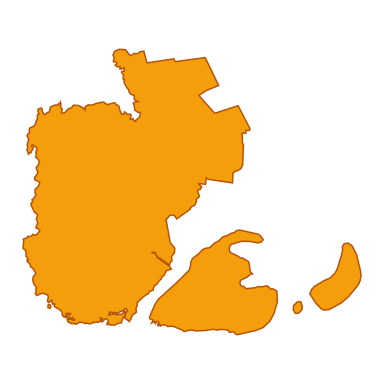 Canal - Fanafo, Sanma, Vanuatu (Albers equal-area conic projection)
{"feature_id": "77236927B64905396997634", "entity_name": "Canal - Fanafo", "entity_type": "district", "adm_level": 2, "iso_a3": "VUT", "parent_name": "Vanuatu", "parent_adm1": "Sanma", "projection": "albers", "projection_center": [167.121, -15.5], "detail": "fine", "context": "isolated", "style": "filled", "palette": "amber", "viewbox_px": 384, "rotation_deg": 0, "n_neighbors": 0, "source": "geoboundaries", "source_scale": "gbopen_adm2", "svg_char_len": 5914}
<svg xmlns="http://www.w3.org/2000/svg" viewBox="0 0 384 384"><path d="M35.3,293.2L36.6,295.5L42.9,293.1L47.6,295.1L48.3,296.4L47.5,301.5L48.8,302.6L51.7,300.3L52.5,304.1L54.3,303.7L54.9,304.3L54.2,305.3L54.5,306.6L60.4,310.2L62.1,312.3L62.4,315.3L64.0,317.0L64.8,316.6L65.7,317.3L66.1,313.3L70.5,313.6L69.3,315.0L67.6,315.0L66.6,316.3L67.5,317.9L67.5,319.4L69.7,317.4L71.3,318.7L72.9,317.4L73.2,319.0L74.7,319.7L73.7,320.4L70.9,319.1L67.3,319.7L67.9,321.8L71.5,323.7L75.3,323.6L75.9,324.3L79.9,322.2L83.2,322.6L85.2,323.6L87.1,323.1L90.0,323.9L91.7,323.4L92.7,322.3L93.7,322.8L96.5,322.0L97.9,322.5L100.8,320.5L100.5,317.9L102.3,318.8L101.3,320.2L101.3,321.8L102.4,321.6L105.4,318.7L106.4,318.7L108.1,320.4L108.4,322.2L107.0,323.1L107.1,324.7L109.0,324.1L110.0,325.0L114.8,325.1L118.2,323.3L121.6,322.9L122.0,320.2L123.4,317.4L125.0,315.8L125.0,312.6L123.5,311.7L122.5,313.9L119.8,314.6L118.5,314.1L116.8,315.1L115.8,313.8L108.8,315.0L108.9,314.0L110.7,312.8L109.8,312.2L110.7,311.9L112.8,313.2L113.3,312.4L117.3,313.1L123.3,310.4L124.7,311.0L124.4,309.4L126.3,308.6L127.5,311.3L125.9,312.2L125.2,316.3L124.6,317.4L125.3,318.8L126.8,319.2L129.1,321.6L130.9,319.3L132.3,315.2L136.4,312.2L136.0,308.4L137.3,305.2L137.3,302.6L142.5,297.6L146.3,294.6L148.0,294.1L149.4,291.5L153.3,290.0L153.5,288.0L154.9,285.5L156.8,284.5L158.8,281.2L161.3,278.9L161.8,277.2L163.9,275.6L166.5,270.6L171.3,269.1L169.3,266.0L157.4,257.7L155.0,252.9L151.5,253.0L152.9,252.3L155.2,252.6L157.7,257.4L159.8,258.1L169.5,265.1L170.2,262.5L172.1,260.6L171.4,257.7L172.1,255.7L174.5,252.8L174.8,248.2L170.2,242.5L166.0,219.2L167.0,218.8L169.4,215.8L171.3,214.9L174.6,215.7L176.7,218.9L190.4,209.1L190.6,207.3L194.9,205.0L196.5,201.1L196.3,199.4L199.5,196.5L197.7,191.5L198.5,189.4L200.1,189.6L201.5,187.3L201.6,186.6L199.5,185.0L198.8,183.6L205.5,184.3L206.3,177.9L208.2,179.3L232.5,182.9L233.0,173.1L235.3,171.1L237.7,170.7L240.6,168.9L242.6,165.4L243.5,144.8L242.4,142.9L242.2,133.1L245.9,133.1L245.9,130.4L249.6,130.4L249.8,128.3L238.1,105.7L214.7,113.3L198.9,95.5L205.8,90.8L218.6,85.4L205.2,57.6L175.2,61.6L173.8,58.8L146.9,62.9L143.8,51.1L140.1,51.7L137.9,53.5L133.9,53.6L131.9,55.0L129.9,55.4L125.5,49.6L119.1,49.3L114.6,51.3L113.0,55.1L114.4,58.3L113.3,60.8L113.7,62.0L115.9,61.9L116.4,62.5L116.9,63.9L115.3,64.9L115.4,65.5L117.2,66.8L120.1,66.7L120.0,69.2L124.3,68.0L124.1,71.3L121.8,71.4L121.5,72.4L123.4,74.8L123.1,79.0L124.8,79.9L123.8,81.9L126.9,87.8L128.8,89.9L129.1,92.0L130.6,94.2L134.2,95.4L134.3,99.6L138.0,101.7L134.1,102.3L133.3,103.4L134.3,106.0L134.6,110.0L138.2,112.5L140.0,112.4L140.5,112.9L139.6,116.9L135.7,120.4L135.7,121.5L133.6,120.5L132.9,118.4L130.8,119.5L130.0,119.0L131.1,115.3L130.3,114.0L127.9,114.6L124.7,111.9L124.2,112.0L124.3,113.9L121.6,114.2L119.8,110.0L119.2,106.7L117.8,105.2L116.4,105.0L115.2,103.0L114.1,102.8L107.2,104.6L103.9,102.2L102.5,102.1L96.0,103.5L91.8,105.2L88.2,104.8L85.2,106.8L85.2,109.5L84.5,108.3L83.7,109.0L82.6,107.5L78.1,105.4L73.4,105.2L71.4,107.9L68.2,108.8L65.1,112.4L63.1,113.2L61.5,112.7L62.3,109.2L60.7,107.1L60.9,103.7L60.4,102.1L60.0,103.4L58.4,103.8L58.2,105.1L54.6,105.1L50.5,106.9L49.3,112.0L47.4,112.5L45.4,114.3L44.7,114.4L43.2,113.0L42.3,111.3L42.3,109.3L41.0,107.9L38.0,109.3L38.0,111.6L39.1,113.9L37.5,114.4L37.3,119.3L35.9,121.4L35.8,123.4L33.9,126.2L29.9,127.9L29.1,130.3L29.7,132.3L27.8,134.1L27.0,135.9L28.8,139.2L27.1,144.8L27.9,147.0L26.8,150.2L28.0,152.2L28.5,154.9L29.1,152.9L31.1,152.6L31.0,150.9L32.6,150.1L33.1,148.0L31.5,146.2L32.1,144.8L33.3,145.1L34.1,146.5L36.4,147.1L36.9,149.5L35.8,152.3L36.3,153.5L35.8,157.3L37.7,158.7L39.5,162.3L37.6,166.1L36.3,167.2L36.8,170.1L37.7,171.4L37.5,173.6L34.7,177.4L34.6,179.7L38.6,181.6L39.7,182.6L39.5,183.7L37.6,187.2L35.1,189.3L35.1,193.0L35.9,194.7L34.4,197.6L32.0,199.8L32.8,202.0L31.4,202.9L30.8,204.5L34.5,212.3L37.0,214.2L37.6,215.6L36.3,218.4L37.7,223.2L36.0,226.7L36.4,228.6L37.7,228.1L39.9,230.6L37.0,234.3L34.8,235.2L32.7,234.4L31.7,235.9L29.7,236.7L27.8,236.3L26.5,238.2L23.9,238.7L23.3,239.4L23.7,241.4L23.0,248.3L25.3,250.1L26.2,253.5L25.9,256.2L27.5,257.6L27.2,259.3L28.5,259.8L27.0,261.1L30.3,264.6L30.4,266.5L32.8,268.4L35.5,272.6L35.7,274.0L33.4,276.4L32.7,279.7L33.8,283.9L36.5,287.5L35.8,289.0L36.3,291.5L35.3,293.2ZM240.9,285.6L239.9,283.0L240.5,280.3L247.1,277.1L251.5,273.5L252.9,274.5L250.2,271.4L249.2,263.3L248.3,261.5L242.7,258.0L240.5,258.0L237.9,256.1L231.2,253.0L229.3,250.9L229.4,246.8L231.5,244.3L241.5,241.3L249.7,241.4L257.9,242.9L261.1,242.1L263.2,239.7L260.6,235.9L258.2,234.2L240.1,230.1L236.9,230.5L233.7,232.9L231.7,233.1L227.3,235.5L222.7,237.0L218.7,240.9L214.6,243.0L209.4,247.9L206.1,248.1L202.5,249.6L198.3,254.1L193.7,257.5L192.0,259.4L190.7,262.5L190.6,265.5L189.2,270.2L176.5,282.8L158.1,299.5L154.1,305.9L153.9,307.7L152.8,309.1L149.4,317.8L150.0,318.9L153.0,320.0L151.7,323.0L154.5,321.4L155.3,323.7L157.1,321.3L158.2,321.7L159.1,323.5L157.7,324.1L158.1,325.8L159.8,324.6L160.3,326.1L162.0,325.0L165.6,324.9L167.6,326.5L172.8,326.2L182.4,330.1L184.0,331.5L190.9,329.9L196.0,330.9L204.5,330.6L213.2,329.3L217.6,330.1L218.2,329.6L224.1,329.5L228.4,330.4L229.3,332.3L233.7,331.7L235.2,333.8L237.3,334.7L255.5,330.6L263.0,327.7L269.9,321.2L273.9,313.6L277.4,301.9L276.8,291.1L273.2,288.9L270.7,289.0L267.1,285.7L262.2,286.8L258.5,286.6L254.6,287.8L245.9,288.7L243.7,286.3L242.5,286.6L240.9,285.6ZM329.1,309.6L341.5,302.8L348.8,296.4L358.4,284.6L360.1,280.7L361.0,275.6L360.5,270.9L356.6,254.7L351.9,245.6L348.0,243.1L344.1,243.8L342.3,246.8L342.6,250.3L341.3,255.8L337.3,268.7L335.2,272.9L330.1,278.0L324.1,280.6L315.0,286.0L311.6,289.4L309.8,294.0L316.2,303.6L321.2,308.8L323.5,310.0L329.1,309.6ZM293.7,305.4L293.2,309.7L295.1,313.1L296.3,313.5L299.2,312.7L301.9,309.7L302.4,306.9L301.0,302.0L299.2,301.5L297.1,302.1L293.7,305.4ZM48.9,304.5L48.0,305.1L48.0,307.9L50.4,308.3L50.9,306.3L50.1,304.9L48.9,304.5Z" fill="#f59e0b" stroke="#b45309" stroke-width="1.5"/></svg>